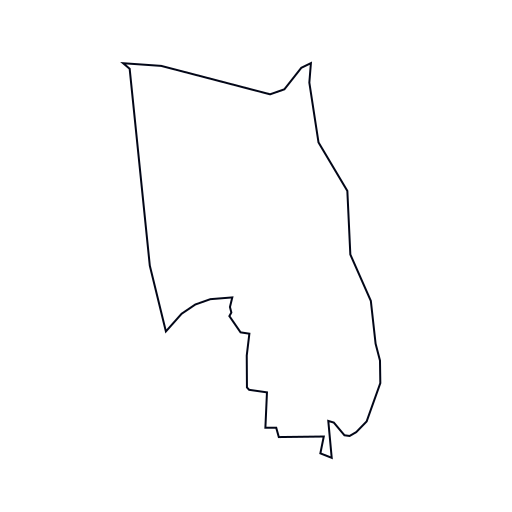 Palmerstown-Fonthill Lea-5, South Dublin, Ireland (Robinson projection), rotated 81°
{"feature_id": "5873133B26300601338838", "entity_name": "Palmerstown-Fonthill Lea-5", "entity_type": "district", "adm_level": 2, "iso_a3": "IRL", "parent_name": "Ireland", "parent_adm1": "South Dublin", "projection": "robinson", "projection_center": [-6.384, 53.348], "detail": "fine", "context": "isolated", "style": "outline", "palette": "ink", "viewbox_px": 512, "rotation_deg": 81, "n_neighbors": 0, "source": "geoboundaries", "source_scale": "gbopen_adm2", "svg_char_len": 673}
<svg xmlns="http://www.w3.org/2000/svg" viewBox="0 0 512 512"><g transform="rotate(81 256 256)"><path d="M467.2,212.8L430.2,210.4L432.7,205.2L446.9,196.7L448.4,191.7L445.6,184.5L436.7,172.6L401.0,153.1L378.7,149.9L361.3,151.6L318.3,149.6L269.3,162.6L206.0,155.6L153.6,176.5L93.1,176.2L74.1,171.6L77.2,181.8L95.8,201.9L98.5,216.8L53.4,319.9L44.8,357.1L51.3,351.5L248.9,362.4L316.4,356.8L301.4,338.5L294.4,323.5L291.5,307.8L293.2,285.9L302.3,289.7L308.0,289.2L311.2,291.7L329.0,283.2L331.7,274.7L352.8,280.7L384.4,285.5L387.1,283.7L392.4,266.5L427.1,273.6L428.8,262.9L438.4,261.8L444.9,217.3L461.0,223.3L467.2,212.8Z" fill="none" stroke="#020617" stroke-width="2"/></g></svg>